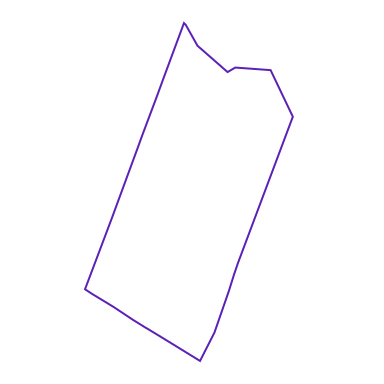 the district of Putnam, New York, United States of America, rotated 118°
{"feature_id": "52423323B74073307510671", "entity_name": "Putnam", "entity_type": "district", "adm_level": 2, "iso_a3": "USA", "parent_name": "United States of America", "parent_adm1": "New York", "projection": "equal_earth", "projection_center": [-73.677, 41.424], "detail": "fine", "context": "isolated", "style": "outline", "palette": "violet", "viewbox_px": 384, "rotation_deg": 118, "n_neighbors": 0, "source": "geoboundaries", "source_scale": "gbopen_adm2", "svg_char_len": 590}
<svg xmlns="http://www.w3.org/2000/svg" viewBox="0 0 384 384"><g transform="rotate(118 192 192)"><path d="M47.4,275.9L46.6,278.4L103.9,270.7L124.1,267.9L165.6,262.5L176.8,260.9L254.1,250.3L328.1,240.8L328.9,232.2L330.3,207.5L332.6,184.0L332.7,182.3L333.0,178.0L333.6,169.3L333.6,167.9L333.7,166.1L333.7,165.7L333.8,164.4L334.1,159.1L334.7,148.7L334.7,148.3L334.7,147.8L334.8,146.9L334.9,146.1L334.9,145.5L337.4,105.6L305.5,106.2L261.9,113.0L245.4,116.1L233.0,118.1L78.2,138.3L47.5,179.8L61.8,212.2L69.4,216.9L60.3,255.8L47.4,275.9Z" fill="none" stroke="#5b21b6" stroke-width="2"/></g></svg>